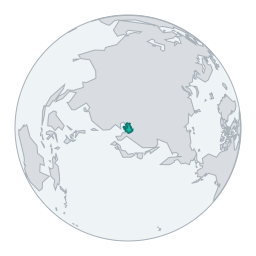 globe centered on Liaoning, rotated 83°
{"feature_id": "CHN-1813", "entity_name": "Liaoning", "entity_type": "Province", "adm_level": 1, "iso_a3": "CHN", "parent_name": "China", "parent_adm1": "", "projection": "orthographic", "projection_center": [122.279, 41.097], "detail": "fine", "context": "on_globe", "style": "filled", "palette": "teal", "viewbox_px": 256, "rotation_deg": 83, "n_neighbors": 0, "source": "natural_earth", "source_scale": "10m", "svg_char_len": 13852}
<svg xmlns="http://www.w3.org/2000/svg" viewBox="0 0 256 256"><g transform="rotate(83 128 128)"><circle cx="128" cy="128" r="113" fill="#eef3f6" stroke="#a8b0b8"/><path d="M219.5,189.5L219.4,189.9L219.3,190.1L219.5,189.5ZM209.9,50.7L209.4,50.3L210.5,52.0L206.9,50.7L197.1,45.4L197.4,44.4L195.0,43.5L194.5,44.8L194.7,46.0L185.8,46.7L182.8,53.5L185.6,57.8L182.0,55.4L189.9,65.3L190.7,71.6L187.5,63.2L185.4,61.5L184.8,65.0L182.5,64.0L180.9,65.2L178.2,63.7L176.5,59.2L174.7,58.3L174.4,60.9L171.5,61.3L172.3,57.6L167.3,58.0L163.6,51.2L167.8,43.6L163.5,39.7L161.7,31.8L159.6,31.8L157.6,29.1L154.4,28.2L155.0,27.3L151.9,27.5L152.0,28.5L150.7,29.0L148.8,28.7L149.2,27.3L150.2,27.3L149.4,26.7L150.4,26.2L148.8,26.3L149.6,24.8L146.1,25.8L144.3,24.2L145.6,23.4L149.1,24.1L160.6,24.9L162.9,24.8L162.7,23.6L154.7,19.9L155.8,19.6L154.7,18.9L152.4,18.5L152.5,19.1L148.0,18.5L148.7,19.5L147.0,19.6L146.2,20.6L142.5,19.8L139.2,18.7L139.6,17.9L138.2,17.4L134.7,17.9L132.4,16.4L125.7,15.7L130.9,15.4L138.9,15.9L142.8,16.3L151.2,17.8L159.5,19.9L167.6,22.6L175.5,25.9L183.1,29.8L190.4,34.2L197.3,39.2L203.8,44.7L209.9,50.7ZM140.0,16.0L137.4,15.8L137.3,15.7L140.0,16.0ZM233.5,110.2L232.6,108.4L233.4,108.3L233.5,110.2ZM231.9,108.2L232.2,108.6L231.9,108.5L231.9,108.2ZM231.6,108.7L231.8,108.4L231.6,109.0L231.6,108.7ZM231.2,109.6L231.4,109.0L231.2,109.6ZM230.3,110.3L230.1,110.5L230.1,109.7L230.3,110.3ZM195.2,46.7L194.7,45.0L196.1,44.3L196.7,45.8L195.2,46.7ZM192.3,48.5L191.5,47.3L194.2,48.0L193.9,48.5L192.3,48.5ZM188.1,61.3L188.2,59.4L188.9,61.6L188.1,61.3ZM181.1,65.6L181.8,66.5L180.7,66.7L181.1,65.6ZM148.3,21.0L147.3,20.8L148.0,20.7L148.3,21.0ZM149.0,21.7L150.5,21.7L151.1,22.0L150.1,22.0L149.0,21.7ZM175.5,64.9L173.5,65.2L175.3,64.1L175.5,64.9ZM147.0,21.6L151.8,22.7L152.7,23.3L149.8,23.8L147.0,21.6ZM172.1,64.8L167.1,65.8L168.3,67.8L162.2,63.0L168.4,63.6L170.5,61.8L170.5,63.7L172.1,64.8ZM152.8,29.0L152.7,27.9L154.6,29.2L152.8,29.0ZM154.4,29.8L162.0,33.7L161.3,35.4L158.9,33.7L159.4,36.4L155.3,35.3L154.1,33.5L155.3,32.6L152.8,32.9L154.4,29.8ZM159.6,60.3L158.2,59.9L159.4,59.4L159.6,60.3ZM150.3,29.3L151.9,29.9L151.4,31.4L148.1,30.6L149.3,30.3L150.3,29.3ZM161.5,37.7L160.5,38.8L157.0,38.1L156.1,38.5L155.1,35.4L161.5,37.7ZM148.5,29.8L146.4,30.1L145.0,29.2L148.7,28.9L148.5,29.8ZM152.7,32.1L152.3,32.9L151.4,32.2L152.7,32.1ZM138.6,26.2L140.5,26.6L140.4,27.4L138.6,26.2ZM145.8,30.3L146.3,30.7L146.5,31.1L144.9,31.1L145.8,30.3ZM152.7,35.2L151.4,34.8L152.9,36.5L150.3,36.2L150.1,34.2L149.0,35.0L148.2,34.9L149.0,33.4L152.7,35.2ZM143.8,32.5L142.6,30.1L139.0,29.0L139.0,28.2L144.8,30.1L143.8,32.5ZM146.8,33.1L144.9,32.5L145.8,31.8L147.7,31.7L146.8,33.1ZM148.5,36.8L152.6,37.7L152.5,38.1L148.5,36.8ZM142.5,32.3L142.8,32.8L142.2,32.3L142.5,32.3ZM146.5,35.5L147.9,35.7L147.8,36.2L146.5,35.5ZM142.2,33.9L141.9,33.1L143.1,33.0L142.2,33.9ZM144.0,34.8L143.5,35.4L143.8,33.5L144.7,34.8L144.0,34.8ZM146.1,35.9L146.5,36.3L145.5,35.8L146.1,35.9ZM137.7,34.8L137.8,32.5L140.6,32.2L140.1,34.5L137.7,34.8ZM56.2,41.2L52.1,44.9L45.4,53.7L44.0,55.6L41.2,57.8L33.3,70.6L35.0,70.4L31.5,80.7L31.4,86.0L37.8,81.4L37.9,72.5L41.5,68.0L44.3,72.4L44.8,80.6L46.2,79.2L48.9,71.7L52.1,71.6L50.2,69.1L48.7,71.6L47.5,70.1L48.8,67.8L49.9,67.8L50.6,65.0L45.3,66.2L43.2,68.9L43.3,63.7L39.7,67.7L38.7,67.5L44.2,60.6L46.0,59.3L53.7,50.3L51.8,51.0L44.4,59.8L45.4,58.0L42.7,59.5L45.5,56.9L54.1,47.6L56.2,43.7L53.5,43.7L55.8,41.5L59.5,38.6L60.4,37.9L66.5,34.1L60.6,39.5L62.7,38.6L68.5,34.9L66.2,37.0L67.8,36.3L66.1,38.4L68.0,39.5L66.9,41.7L72.0,40.5L72.1,41.6L69.1,41.9L66.3,43.5L64.1,49.5L64.9,50.2L68.4,49.1L67.3,51.1L71.0,49.2L71.8,52.4L73.9,47.1L78.1,46.0L80.9,47.3L82.7,46.1L78.1,44.1L75.9,44.2L73.4,45.8L67.7,45.9L67.6,44.2L74.9,40.8L75.5,38.3L81.0,37.1L90.1,42.5L91.8,45.9L85.3,53.9L82.4,53.7L83.3,50.5L78.5,54.5L80.8,53.6L79.9,55.4L83.7,55.2L83.3,56.5L87.6,54.2L87.5,55.8L84.7,57.2L90.2,58.6L91.1,61.9L92.5,61.6L93.8,60.4L94.1,65.6L95.2,65.2L95.5,63.3L97.8,61.3L102.0,60.0L101.9,61.9L100.3,62.6L96.9,67.1L92.8,69.0L93.2,69.6L96.7,68.5L100.9,62.9L103.4,61.6L101.9,64.3L102.6,63.2L103.9,63.2L105.0,64.9L106.9,62.1L120.6,60.1L124.1,63.6L121.2,66.0L130.6,67.5L133.8,71.9L134.1,70.1L138.8,69.9L137.9,68.5L138.4,67.6L150.1,67.3L152.7,68.8L158.1,67.2L158.2,66.3L156.6,65.0L162.2,63.0L168.3,67.8L167.6,69.5L171.9,71.6L169.8,75.2L170.0,79.4L165.3,82.5L165.9,85.8L167.5,86.3L169.5,91.3L168.2,100.4L162.2,90.8L162.9,78.0L162.0,82.8L160.1,81.2L158.5,82.6L158.0,86.3L159.3,87.1L147.7,91.0L142.5,100.4L148.0,100.5L150.6,103.7L149.4,115.8L135.9,130.4L139.3,136.0L138.9,139.4L134.8,141.0L135.2,136.1L131.8,133.8L132.6,131.0L126.1,132.3L127.1,128.3L121.6,131.6L122.7,135.1L128.1,135.2L123.0,140.0L127.4,146.4L127.0,153.1L116.4,163.0L107.1,164.6L106.3,166.4L103.1,163.4L98.1,166.2L103.5,178.5L103.0,181.5L95.2,185.3L95.2,183.1L86.6,175.0L84.5,181.6L90.9,189.4L93.1,196.5L87.9,193.0L85.7,186.6L82.7,183.5L84.0,177.7L82.3,167.4L77.0,167.3L77.8,163.6L74.7,153.8L67.4,153.1L55.6,157.7L53.3,166.5L49.5,168.3L46.6,151.6L48.1,141.7L45.3,140.5L43.8,129.0L36.1,119.4L36.6,116.3L34.8,115.4L34.0,109.9L35.3,105.0L34.1,102.9L31.0,116.0L32.5,118.3L35.9,117.3L34.6,121.2L35.6,127.4L29.0,130.5L20.2,123.5L21.9,116.3L28.7,90.8L29.9,89.4L30.1,89.2L30.3,88.7L28.3,90.5L30.3,85.9L23.9,101.7L21.7,107.3L20.0,123.6L19.5,123.9L19.8,128.2L23.7,133.7L23.2,135.7L19.7,141.4L16.6,143.8L17.7,151.0L16.4,142.9L15.6,134.8L15.4,126.7L15.8,118.5L16.7,110.5L18.3,102.5L20.4,94.6L23.1,86.9L26.4,79.4L30.1,72.2L34.4,65.3L39.2,58.7L44.4,52.5L50.1,46.6L56.2,41.2ZM42.6,93.3L44.6,98.4L48.3,92.2L49.4,93.7L50.2,91.1L48.6,91.7L51.3,85.2L53.9,86.2L56.0,84.0L55.4,82.2L50.3,81.5L46.3,90.7L43.9,91.3L42.6,93.3ZM129.0,15.4L125.7,15.5L126.8,15.4L123.9,15.4L129.0,15.4ZM136.1,15.7L133.3,15.5L136.6,15.7L136.1,15.7ZM78.6,31.2L76.5,32.4L75.0,32.5L76.5,30.5L78.6,30.2L78.6,31.2ZM73.9,34.2L80.8,31.8L80.1,33.3L79.3,32.8L78.2,34.0L76.6,33.6L69.3,37.6L67.5,38.0L71.2,33.6L71.0,34.7L73.0,33.3L73.9,34.2ZM99.4,25.5L102.4,25.2L97.2,28.6L95.0,28.6L96.3,26.4L99.7,25.1L99.4,25.5ZM141.0,22.5L142.5,22.6L142.3,22.9L141.0,23.1L141.0,22.5ZM139.5,26.3L134.4,22.7L135.9,22.5L131.2,20.9L133.1,20.0L136.1,21.0L134.1,19.2L137.6,19.7L135.8,18.6L142.2,21.0L145.2,21.6L141.1,21.3L139.2,22.1L139.3,22.6L141.8,24.7L147.4,26.7L146.5,28.1L144.3,28.6L142.8,28.3L143.9,27.4L141.1,27.7L141.6,26.3L139.5,26.3ZM119.4,36.3L121.3,34.9L115.8,36.2L116.3,34.4L115.6,34.6L114.5,33.4L112.0,32.4L112.7,31.6L111.4,31.6L110.6,30.8L109.1,30.6L109.8,29.1L108.0,28.7L109.4,28.3L106.1,28.1L108.9,27.6L108.2,26.7L105.8,27.6L113.6,21.5L114.7,19.7L114.1,18.7L119.0,18.3L122.7,19.2L125.1,21.1L123.4,23.0L125.9,22.7L125.8,23.5L123.9,23.5L126.8,24.1L126.2,24.9L128.4,27.3L133.1,28.1L134.0,29.1L131.9,29.2L134.3,30.2L130.9,31.1L131.5,31.9L128.7,33.7L124.3,33.6L125.3,34.5L123.2,36.1L119.4,36.3ZM136.9,35.3L131.5,35.3L129.0,34.3L134.9,31.6L134.8,30.8L138.4,29.3L141.9,30.7L140.5,31.0L140.0,31.6L139.1,30.9L139.4,32.0L137.6,32.4L137.3,33.4L135.6,33.1L136.9,35.3ZM44.6,55.9L43.9,57.2L43.3,58.7L41.6,59.8L44.6,55.9ZM50.4,49.5L50.0,50.2L47.4,52.3L48.1,51.2L50.4,49.5ZM52.1,49.0L50.2,50.1L51.7,48.9L52.1,49.0ZM69.0,42.6L68.9,43.5L68.1,43.9L67.1,43.9L69.0,42.6ZM103.2,40.9L104.7,40.0L105.2,40.3L109.2,39.5L109.2,41.0L106.8,42.0L103.2,40.9ZM36.6,80.9L35.3,80.6L35.8,79.2L36.2,79.5L36.6,80.9ZM37.6,69.5L36.3,72.8L37.1,69.8L37.6,69.5ZM103.9,42.4L105.5,41.9L104.5,43.0L103.9,42.4ZM109.4,42.1L108.6,43.3L109.7,41.1L109.4,42.1ZM22.6,167.6L22.9,168.4L22.6,166.8L24.8,172.6L25.9,175.7L22.6,167.6ZM121.6,215.0L125.1,215.6L125.0,215.9L121.6,215.0ZM117.9,213.4L121.9,213.9L117.3,214.1L117.9,213.4ZM123.4,214.1L127.5,213.7L129.2,213.3L128.9,214.0L123.4,214.1ZM115.2,213.1L101.0,210.7L95.5,208.5L96.7,207.4L105.6,209.6L115.2,213.1ZM96.2,207.3L87.9,201.2L77.1,185.6L81.0,187.2L92.4,198.1L91.6,199.1L96.7,203.5L96.2,207.3ZM116.8,203.9L116.0,207.4L108.1,205.9L104.5,204.7L102.0,199.4L103.4,197.2L106.3,197.9L118.0,191.0L121.9,193.6L118.3,196.9L121.6,200.6L116.8,203.9ZM53.5,167.6L55.1,174.2L53.1,174.0L53.5,167.6ZM123.0,185.2L118.1,188.6L122.7,183.8L123.0,185.2ZM125.9,180.3L126.0,182.4L124.3,180.2L125.9,180.3ZM105.9,169.4L102.8,169.3L102.9,167.7L106.9,167.0L105.9,169.4ZM126.6,158.7L126.0,163.4L125.2,164.9L124.1,161.9L126.6,158.7ZM106.3,55.9L100.7,55.1L96.6,55.9L94.4,58.3L95.2,54.8L101.4,53.5L106.3,55.9ZM118.9,59.3L120.8,57.4L121.6,58.6L121.2,59.2L118.9,59.3ZM118.9,57.9L118.2,55.0L120.4,54.2L120.5,56.6L118.9,57.9ZM110.8,48.2L109.2,47.8L110.0,46.9L110.8,48.2ZM160.9,235.6L160.6,235.2L165.3,233.9L163.5,234.8L160.9,235.6ZM199.6,215.0L199.9,214.7L199.6,215.0ZM143.1,234.7L121.2,237.2L116.2,236.5L117.2,235.5L112.3,231.0L113.9,231.3L112.5,228.1L125.4,226.3L134.5,220.5L141.9,220.9L147.3,215.9L155.1,215.7L152.9,219.6L161.0,220.9L166.3,212.0L171.5,219.5L177.6,220.5L179.6,223.8L169.6,231.6L163.6,234.0L162.4,234.0L159.9,234.9L156.0,235.6L153.5,234.7L151.1,235.5L153.3,234.0L149.9,235.6L147.7,234.8L143.1,234.7ZM198.4,209.1L199.6,208.6L201.6,208.6L199.6,209.5L198.4,209.1ZM216.5,193.5L217.0,193.5L215.8,194.7L216.5,193.5ZM219.3,190.1L217.8,191.6L219.5,189.5L219.3,190.1ZM204.5,201.7L205.1,201.8L204.6,202.2L204.5,201.7ZM204.0,201.8L204.7,200.6L204.6,201.4L204.0,201.8ZM198.3,200.1L199.0,199.3L199.3,199.6L198.3,200.1ZM130.3,215.9L135.1,213.5L137.8,213.4L130.3,215.9ZM197.2,199.6L195.4,200.2L195.6,199.7L197.2,199.6ZM197.3,198.4L197.1,197.8L198.2,198.9L197.3,198.4ZM193.8,198.2L196.0,198.6L193.5,198.4L193.8,198.2ZM192.5,198.8L190.9,198.8L191.0,198.5L192.5,198.8ZM174.7,204.7L180.7,207.6L176.0,208.6L170.7,207.1L166.7,210.3L157.5,211.1L159.5,209.3L158.2,207.0L148.9,206.7L147.0,205.1L150.3,203.8L144.1,202.7L150.9,201.7L153.6,205.0L157.4,202.0L164.1,201.9L170.7,202.1L176.0,203.5L174.7,204.7ZM151.0,209.1L152.1,209.1L151.1,210.1L151.0,209.1ZM187.8,198.0L190.2,198.8L189.9,199.3L188.8,199.4L187.8,198.0ZM177.2,202.7L182.9,198.6L184.3,198.3L180.5,202.3L177.2,202.7ZM181.5,197.1L184.2,196.8L185.6,198.0L185.1,198.6L181.5,197.1ZM137.3,206.3L137.0,207.3L135.3,206.5L137.3,206.3ZM139.5,205.8L144.7,206.8L139.0,206.6L139.5,205.8ZM123.9,201.6L125.4,204.1L130.1,202.9L126.5,204.8L129.7,208.7L128.7,210.0L125.4,205.8L124.4,209.8L122.3,209.6L121.1,206.0L123.2,201.7L125.3,200.1L133.8,199.8L123.9,201.6ZM139.4,203.0L138.1,200.2L139.1,198.4L140.6,199.9L139.4,203.0ZM134.1,193.3L130.6,189.8L127.3,190.8L134.1,186.5L136.3,190.6L134.1,193.3ZM131.3,185.7L128.2,186.7L131.5,184.1L131.3,185.7ZM127.5,185.4L127.2,183.0L129.6,183.5L127.5,185.4ZM132.9,185.9L133.7,181.8L134.8,184.3L132.9,185.9ZM126.5,177.3L131.5,181.8L124.9,179.5L125.1,171.2L127.9,171.3L126.5,177.3ZM145.7,143.3L145.2,140.7L148.0,140.2L147.5,142.1L145.7,143.3ZM156.4,136.7L148.5,139.2L142.2,141.4L143.9,142.7L142.1,147.0L139.7,142.8L144.5,138.1L149.2,137.3L150.3,133.6L154.1,131.1L153.9,126.4L155.6,124.4L157.3,128.4L156.4,136.7ZM153.6,124.5L154.6,116.2L159.5,117.3L160.4,119.4L157.9,122.6L155.4,121.8L153.6,124.5ZM156.3,114.6L153.9,113.8L150.4,101.7L150.8,99.4L156.1,108.9L154.2,108.7L154.2,111.7L156.3,114.6ZM158.4,60.9L158.2,60.0L159.3,60.8L158.4,60.9ZM137.7,66.9L138.6,65.8L139.8,66.7L137.7,66.9ZM141.6,63.5L139.7,63.3L141.8,62.7L141.6,63.5ZM135.2,63.0L138.9,62.8L135.3,64.1L135.2,63.0Z" fill="#d9dde1" stroke="#a8b0b8" stroke-width="1"/><path d="M133.1,128.4L133.0,128.5L132.9,128.5L132.7,128.7L132.7,128.8L132.4,128.9L132.1,129.0L131.9,129.1L131.8,129.3L131.7,129.4L131.6,129.5L131.4,129.6L131.1,129.9L131.1,130.1L131.0,130.3L130.8,130.5L130.7,130.4L130.7,130.5L130.5,130.4L130.4,130.5L130.2,130.5L130.1,130.4L130.0,130.6L129.9,130.6L129.7,130.7L129.4,130.5L129.5,130.6L129.4,130.6L129.5,130.7L129.4,130.8L129.2,130.8L128.9,130.9L128.8,131.0L128.6,131.1L128.4,131.2L128.3,131.3L128.2,131.3L128.0,131.5L127.9,131.6L127.7,131.8L127.8,131.8L127.6,131.9L127.6,132.0L127.4,132.0L127.5,132.1L127.3,132.0L127.2,132.1L126.9,132.2L127.1,132.3L126.9,132.4L126.8,132.5L126.6,132.5L126.4,132.5L126.2,132.6L126.3,132.5L126.2,132.4L126.3,132.3L126.2,132.3L126.2,132.2L126.3,132.2L126.5,132.2L126.8,132.1L127.1,131.9L127.0,131.7L127.2,131.4L127.3,131.4L127.5,131.3L127.3,131.4L127.1,131.3L126.9,131.4L126.8,131.2L126.7,131.1L126.4,131.1L126.5,130.9L126.8,130.9L126.8,130.6L126.9,130.4L127.0,130.4L127.3,130.2L127.5,130.0L127.6,129.9L127.7,129.7L127.9,129.4L128.0,129.3L128.0,129.2L127.9,129.0L127.8,128.9L127.7,128.7L127.4,128.5L127.3,128.3L127.4,128.2L127.3,128.3L127.2,128.5L126.9,128.4L126.7,128.4L126.4,128.3L126.2,128.4L126.2,128.5L126.0,128.8L125.8,128.8L125.8,129.0L125.6,129.1L125.5,129.3L125.4,129.3L125.5,129.4L125.3,129.5L125.2,129.7L125.0,129.8L124.5,130.0L124.4,130.0L124.2,130.0L124.2,129.9L124.2,129.7L124.0,129.4L124.0,129.2L123.9,129.0L123.5,129.0L123.4,128.9L123.4,128.7L123.3,128.8L123.2,128.8L122.9,128.4L123.0,128.2L123.2,127.9L123.4,127.8L123.5,127.7L123.7,127.4L123.7,127.2L123.7,126.9L123.6,126.6L123.7,126.4L123.7,126.2L123.8,126.1L123.7,125.9L123.6,125.7L123.9,125.5L124.0,125.4L124.1,125.5L124.4,125.8L124.5,125.8L124.4,125.9L124.5,126.0L124.6,126.4L124.7,126.5L124.8,126.8L124.8,126.7L125.0,126.4L125.3,126.1L125.4,125.9L125.6,125.9L125.8,125.8L126.0,125.6L126.7,125.2L126.9,125.2L127.0,125.2L127.1,125.3L127.4,125.2L127.5,124.9L127.9,124.9L128.0,125.0L128.2,124.9L128.1,124.6L128.3,124.6L128.7,124.8L128.9,124.8L129.0,124.7L129.3,124.4L129.5,124.2L129.9,124.1L130.0,123.9L130.0,123.6L130.0,123.4L130.5,123.6L130.8,123.7L130.9,123.8L131.1,124.0L131.0,124.3L131.1,124.5L131.4,124.3L131.4,124.2L131.5,124.1L131.7,124.5L131.8,124.6L131.9,124.9L132.0,125.0L132.3,125.4L132.2,125.4L132.2,125.5L132.4,125.6L132.4,125.8L132.5,125.8L132.6,126.0L132.4,126.2L132.4,126.3L132.4,126.5L132.5,126.6L132.4,126.8L132.5,126.8L132.8,127.3L133.0,127.4L133.0,127.5L133.2,127.8L133.1,128.1L132.9,128.3L133.1,128.3L133.1,128.4ZM126.7,131.2L126.7,131.3L126.6,131.2L126.5,131.3L126.5,131.2L126.7,131.2ZM128.6,131.6L128.4,131.6L128.6,131.6L128.6,131.6ZM128.1,131.8L128.1,131.7L128.2,131.8L128.1,131.8ZM129.4,131.9L129.4,132.0L129.4,131.9Z" fill="#14b8a6" stroke="#0f766e" stroke-width="1.5"/></g></svg>